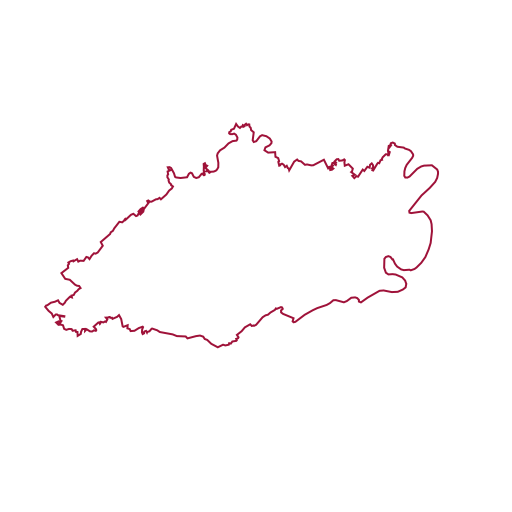 the district of Meherpur, Khulna, Bangladesh, rotated 47°
{"feature_id": "16705992B11914188004823", "entity_name": "Meherpur", "entity_type": "district", "adm_level": 2, "iso_a3": "BGD", "parent_name": "Bangladesh", "parent_adm1": "Khulna", "projection": "equal_earth", "projection_center": [88.762, 23.788], "detail": "fine", "context": "isolated", "style": "outline", "palette": "rose", "viewbox_px": 512, "rotation_deg": 47, "n_neighbors": 0, "source": "geoboundaries", "source_scale": "gbopen_adm2", "svg_char_len": 6106}
<svg xmlns="http://www.w3.org/2000/svg" viewBox="0 0 512 512"><g transform="rotate(47 256 256)"><path d="M361.5,210.9L362.6,202.6L365.7,189.4L368.2,186.2L375.0,181.3L378.9,176.7L380.7,171.4L381.0,168.0L378.5,164.6L378.6,165.0L375.7,163.7L371.4,163.6L364.8,166.5L362.4,168.5L359.8,171.7L356.8,172.4L352.0,170.3L345.6,164.0L345.3,161.7L346.4,159.3L348.4,158.3L351.6,158.6L351.9,158.1L356.4,159.6L360.0,160.0L364.8,159.0L367.2,157.5L370.7,153.1L372.0,152.6L373.6,148.9L373.9,146.5L373.7,139.8L372.3,132.9L368.9,125.2L365.6,119.4L357.9,110.4L352.5,105.9L349.0,103.9L343.3,102.8L338.0,103.1L336.9,104.0L330.5,113.2L329.0,114.2L327.5,113.2L324.6,93.6L324.7,82.5L324.0,74.4L322.5,70.3L320.1,66.9L318.5,65.4L316.3,64.5L309.6,65.5L304.5,71.5L303.2,74.1L302.2,78.6L302.6,89.5L301.9,91.8L300.4,93.3L298.5,92.9L295.3,89.7L293.4,86.8L292.1,83.6L290.7,74.8L289.9,72.7L288.8,71.8L285.0,71.2L282.7,71.7L278.9,73.8L277.5,74.0L272.5,78.1L269.6,78.7L268.4,77.8L266.3,78.6L265.5,80.5L266.2,81.7L267.1,81.6L267.3,82.7L266.7,82.1L266.0,83.8L269.1,87.8L270.3,88.5L270.5,87.5L271.2,87.3L272.9,90.2L272.4,90.7L271.8,90.1L270.1,91.7L270.2,96.0L270.9,97.9L271.6,98.2L270.9,99.6L272.2,102.6L271.1,103.2L271.2,104.3L273.4,112.0L272.8,112.3L272.5,110.5L271.2,111.4L270.6,109.4L269.4,108.5L267.2,108.2L267.1,110.4L268.9,112.7L266.7,113.7L267.7,118.8L265.6,119.0L267.6,127.3L266.1,128.1L266.1,131.0L263.1,130.9L263.9,128.3L259.6,129.1L259.7,128.2L258.1,125.6L252.0,125.8L250.5,129.5L247.7,127.4L246.5,125.6L245.5,125.6L245.0,127.7L243.1,130.2L241.3,129.7L240.3,131.0L240.4,134.0L242.0,133.8L241.7,135.6L243.5,134.9L243.8,135.5L240.9,135.7L240.1,136.7L241.8,139.9L242.4,138.6L242.8,142.0L243.6,140.0L244.8,139.8L244.7,141.6L243.8,143.0L243.2,142.4L242.1,142.7L241.2,141.1L240.7,141.7L240.9,143.4L231.9,140.7L228.7,152.2L227.5,153.7L223.9,156.2L222.7,158.0L217.5,158.5L215.4,160.1L213.5,160.1L213.0,163.7L216.0,173.3L214.3,172.4L213.4,172.8L211.0,172.0L210.8,174.1L208.1,173.5L206.2,174.0L205.7,175.4L206.2,176.4L205.8,177.4L202.4,175.5L202.4,174.4L199.5,173.0L196.7,174.1L193.1,171.2L188.7,176.6L184.4,177.7L183.0,175.0L184.3,170.7L184.0,167.8L182.9,166.5L179.5,165.8L175.5,166.7L171.8,169.1L171.2,171.4L172.2,177.5L171.1,179.9L169.1,179.5L164.0,173.3L160.6,173.7L158.5,172.4L156.9,172.5L155.2,171.2L154.4,171.9L154.2,173.4L152.5,173.1L152.4,174.5L153.3,175.8L153.0,176.7L152.3,176.0L151.3,176.3L152.0,177.7L151.3,178.5L151.4,180.4L148.8,180.9L145.9,180.5L147.9,185.3L146.8,188.1L147.6,189.5L147.2,191.1L148.0,192.0L149.2,191.8L150.7,190.3L151.6,188.5L153.6,188.0L156.7,188.8L158.0,190.3L158.3,191.6L156.0,194.8L154.9,199.3L155.2,205.2L154.2,210.2L154.8,214.0L156.0,216.0L162.2,220.0L165.4,223.1L166.2,225.6L166.2,227.3L165.4,229.4L163.6,231.6L163.4,233.3L162.7,233.5L162.1,232.5L160.9,233.1L160.2,234.9L160.1,232.6L157.1,233.0L156.7,230.2L155.2,230.8L153.3,230.1L153.0,231.5L154.5,232.7L154.1,231.0L155.3,231.0L155.2,233.3L158.1,236.2L159.4,235.9L159.4,237.4L159.8,237.7L161.2,237.6L161.7,238.5L161.3,239.1L159.2,239.1L158.8,239.7L159.4,244.1L158.2,246.5L155.7,247.5L151.8,246.4L150.4,247.0L150.1,249.0L151.4,252.7L147.5,258.0L144.0,260.9L142.9,261.2L139.6,259.6L133.8,258.1L132.1,258.6L131.0,260.0L133.0,260.7L134.8,260.3L133.9,263.0L136.4,264.6L136.6,265.8L138.0,267.1L140.6,267.6L141.2,268.5L143.1,269.4L145.8,269.2L146.4,269.8L148.5,269.3L149.2,271.5L148.9,274.9L149.9,279.6L149.7,286.9L147.7,286.9L147.3,289.2L146.3,290.5L145.0,295.4L143.9,296.5L141.9,296.9L141.6,298.1L143.0,298.5L143.7,297.4L145.1,305.5L143.5,305.7L143.0,308.4L143.3,311.5L145.1,311.5L144.6,307.0L145.8,306.9L146.7,308.2L146.8,312.3L144.6,312.3L145.6,315.0L145.0,316.5L141.5,316.9L140.6,319.3L140.6,326.7L139.7,326.4L139.7,326.9L140.2,328.5L140.1,330.9L137.8,332.6L139.1,340.8L140.0,343.5L139.6,346.1L140.4,347.7L139.9,360.0L144.0,361.1L145.5,369.4L144.9,371.7L143.5,372.6L143.7,376.1L144.7,379.9L142.5,379.8L141.0,380.7L142.0,385.4L139.5,387.8L138.9,389.8L136.3,389.0L135.4,393.1L134.6,392.8L133.4,395.1L132.8,397.7L134.2,398.1L134.5,400.0L136.6,401.4L135.8,410.0L142.6,411.1L146.4,408.4L153.6,407.9L155.6,407.2L157.3,405.8L159.8,406.2L159.3,408.4L159.6,410.4L159.3,413.3L160.2,415.9L159.1,418.0L160.7,418.9L158.9,419.9L159.1,425.6L159.8,427.7L159.9,430.6L156.3,431.7L153.4,431.0L152.3,434.3L150.3,437.8L149.7,442.2L149.1,443.2L149.4,444.8L154.7,445.1L158.8,444.6L162.4,445.8L162.2,442.4L163.0,441.4L164.1,441.3L169.3,437.2L169.6,437.6L165.7,440.8L170.0,443.1L170.9,442.7L171.3,444.7L170.9,445.9L170.1,444.8L169.2,444.9L168.3,447.5L171.6,447.4L173.2,445.4L175.1,444.4L178.4,446.0L180.6,445.1L181.8,442.5L183.7,440.7L185.6,441.1L187.3,438.6L188.7,439.4L189.8,438.4L192.8,440.9L193.5,437.3L192.1,435.6L191.0,432.8L192.8,430.7L194.2,432.1L194.1,429.8L198.0,428.8L199.5,427.2L199.8,425.3L201.5,424.2L201.3,423.4L200.4,422.9L197.0,422.9L197.1,416.6L197.7,416.0L199.2,416.5L199.1,415.8L198.0,415.2L198.1,414.5L200.5,412.9L200.9,411.0L201.9,410.7L201.0,408.0L198.7,407.8L200.7,405.4L200.5,405.0L200.9,404.5L202.0,404.5L203.0,403.4L204.1,403.8L205.8,399.0L205.8,396.5L210.2,397.6L216.5,401.5L217.4,401.3L219.1,397.1L221.2,399.4L223.3,398.2L225.4,398.9L227.8,395.9L228.8,390.8L230.4,387.1L231.0,387.1L232.1,389.4L234.1,391.5L235.8,392.1L236.2,390.6L235.3,389.9L235.2,388.8L235.8,387.5L237.7,388.0L237.4,387.3L238.4,385.3L238.0,381.9L238.3,381.4L243.0,378.9L246.0,378.2L256.5,370.4L260.6,368.5L266.9,362.3L269.5,362.3L273.7,354.5L276.0,351.2L279.0,349.6L281.7,350.1L284.1,348.9L289.7,348.6L296.7,346.2L298.4,340.6L300.5,339.4L302.3,336.4L301.5,335.1L302.9,334.2L302.4,331.6L304.6,328.3L304.5,327.5L303.1,327.0L303.9,325.2L303.5,324.2L300.7,323.8L301.2,317.8L300.6,312.8L302.0,306.8L304.3,306.8L305.1,305.2L305.7,305.1L306.4,302.9L305.3,292.9L305.9,289.5L307.1,287.3L307.2,283.9L308.3,279.0L307.9,277.2L308.8,276.9L310.4,272.6L311.4,272.0L312.9,272.5L312.9,274.8L314.4,276.1L316.8,275.7L327.1,271.0L328.8,273.8L330.1,273.7L331.0,272.1L332.2,260.5L334.4,251.4L335.9,246.7L340.0,237.7L340.9,234.0L341.1,229.6L342.7,227.7L349.8,223.3L350.9,220.3L351.5,214.8L353.9,211.7L355.8,210.7L358.3,210.7L359.5,211.8L361.5,210.9Z" fill="none" stroke="#9f1239" stroke-width="2"/></g></svg>